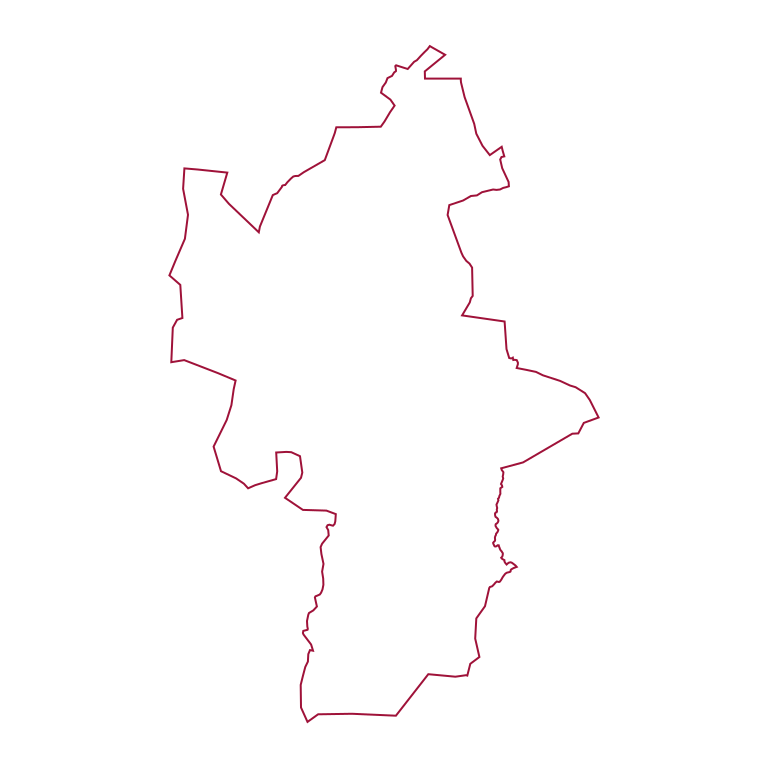 outline of Ingawa, Katsina, Nigeria
{"feature_id": "59680162B27261417712833", "entity_name": "Ingawa", "entity_type": "district", "adm_level": 2, "iso_a3": "NGA", "parent_name": "Nigeria", "parent_adm1": "Katsina", "projection": "robinson", "projection_center": [8.123, 12.614], "detail": "fine", "context": "isolated", "style": "outline", "palette": "rose", "viewbox_px": 768, "rotation_deg": 0, "n_neighbors": 0, "source": "geoboundaries", "source_scale": "gbopen_adm2", "svg_char_len": 4096}
<svg xmlns="http://www.w3.org/2000/svg" viewBox="0 0 768 768"><path d="M445.1,54.8L429.8,46.1L427.5,49.2L424.4,52.2L420.7,56.0L416.9,60.2L414.1,61.8L413.4,62.6L407.7,69.0L396.1,65.3L395.3,66.1L396.0,70.1L395.9,71.2L394.2,72.4L392.0,75.9L387.5,78.1L385.8,82.5L382.5,87.1L381.0,92.7L390.4,99.6L394.6,105.6L390.1,112.1L384.5,121.5L380.8,126.7L357.5,127.2L336.3,127.3L334.8,133.0L333.9,135.5L324.8,160.1L303.8,172.2L298.4,175.9L295.3,176.0L293.3,176.5L291.0,178.5L287.4,182.2L285.2,185.0L284.1,185.1L283.8,185.2L283.0,185.4L282.6,185.5L282.2,185.8L282.0,186.2L281.9,186.9L277.2,193.2L275.0,194.1L272.8,195.1L259.9,226.6L258.8,232.3L228.9,203.8L220.9,194.5L227.3,172.6L197.6,169.5L184.4,168.4L183.1,188.8L188.0,214.8L184.9,238.8L175.3,261.1L169.4,275.4L180.3,284.9L182.4,318.0L177.1,319.8L172.8,327.6L171.3,362.2L184.2,360.1L217.9,373.1L235.6,380.5L233.7,389.2L231.4,405.2L226.7,420.0L213.6,446.6L221.0,471.2L236.1,478.4L243.9,483.7L248.1,488.3L255.1,485.2L261.9,483.1L276.1,479.1L277.2,471.4L276.2,452.5L286.4,451.9L291.3,452.2L300.0,456.2L302.3,472.6L301.0,477.8L285.0,497.8L302.9,509.9L326.4,510.6L335.8,514.1L335.7,515.7L335.3,521.3L334.6,524.0L333.0,525.7L331.0,525.2L329.4,524.7L327.6,525.2L326.5,527.1L328.2,530.1L328.7,535.5L322.1,543.7L320.6,547.1L321.4,554.0L323.5,563.9L322.1,571.6L323.2,578.6L323.4,584.8L322.5,589.4L321.1,592.7L319.8,594.5L317.1,595.7L315.5,596.3L314.9,597.4L316.0,602.5L316.9,606.5L313.3,610.4L309.0,613.0L308.3,614.7L307.0,621.0L307.3,626.4L307.8,628.9L307.5,629.8L303.3,630.9L302.9,633.0L303.5,634.5L311.1,644.5L312.2,648.0L313.0,650.7L310.0,650.1L308.3,654.1L307.9,661.6L305.3,666.9L304.1,671.4L302.8,676.4L300.7,684.9L301.0,707.5L307.5,721.9L318.1,714.3L350.2,713.8L350.5,713.8L352.6,713.8L395.9,715.7L428.3,674.2L455.4,676.7L466.0,675.2L467.3,675.6L470.3,663.8L479.4,657.0L475.2,638.6L476.3,618.4L485.0,606.2L488.8,589.9L489.2,588.1L489.9,587.0L491.2,586.6L492.3,586.2L493.1,585.3L494.1,584.3L495.3,582.8L496.8,581.5L499.0,582.0L499.9,581.6L501.4,579.5L502.6,577.3L503.8,575.6L505.3,573.7L506.8,572.7L508.9,572.2L509.8,572.0L510.5,571.5L510.7,570.2L511.1,569.5L512.1,568.9L513.5,568.1L516.7,566.9L515.5,565.5L513.3,563.8L511.8,562.7L510.6,562.3L509.0,562.6L507.9,563.3L506.6,564.5L505.4,563.1L504.5,561.6L504.4,560.1L503.4,559.6L502.4,559.0L501.7,558.5L501.2,557.7L502.2,556.7L502.6,555.6L502.8,554.3L502.8,553.2L502.1,552.2L501.7,551.4L500.9,550.6L500.3,549.7L499.8,548.6L499.4,547.3L498.8,546.3L498.8,545.4L497.9,545.2L497.2,545.6L496.3,546.3L495.5,546.5L494.8,546.4L494.4,546.0L493.8,544.7L493.4,543.9L493.1,542.9L493.8,541.9L494.5,541.3L495.0,540.7L495.1,539.5L494.9,537.8L495.2,536.4L495.9,535.0L496.1,533.7L496.9,532.8L497.5,532.0L498.0,530.9L498.3,529.9L497.6,528.9L496.9,528.3L496.2,527.1L495.6,526.1L495.5,525.0L495.8,524.1L496.6,523.6L497.5,522.8L498.1,521.8L498.4,520.8L498.2,519.8L497.9,518.9L497.2,518.1L496.5,517.5L495.6,516.9L495.2,515.8L495.1,514.9L495.0,513.7L495.3,513.0L495.8,512.4L496.6,512.3L497.0,511.4L496.8,509.4L497.2,508.0L496.7,506.0L496.5,504.5L497.4,502.7L498.4,500.3L498.0,498.8L499.0,497.7L499.4,495.9L500.4,493.8L500.3,492.3L500.3,490.4L500.3,488.3L502.3,486.9L502.0,485.4L501.0,484.0L502.6,480.2L503.2,478.4L502.7,476.6L503.2,474.3L503.4,472.2L502.6,471.1L501.8,470.1L501.2,468.3L523.1,462.4L572.3,433.7L578.3,433.4L583.8,422.9L598.6,417.5L589.8,400.0L585.1,393.2L575.6,387.2L570.0,385.5L560.1,380.9L542.9,375.3L536.0,371.9L526.0,369.8L516.7,368.0L517.5,365.4L517.9,364.1L517.9,362.6L516.7,360.1L514.6,359.8L513.3,360.0L512.8,357.7L511.9,358.3L510.9,358.4L510.1,358.2L509.2,358.0L506.5,349.1L504.6,321.5L462.1,315.4L469.8,302.4L470.9,298.3L472.7,295.9L472.1,267.6L469.5,263.6L466.3,260.9L463.1,256.4L461.4,252.7L447.6,215.0L449.3,205.1L463.1,200.5L470.9,196.0L476.9,195.4L482.0,192.2L493.1,189.5L496.5,189.9L498.2,189.7L500.0,189.5L503.2,187.9L506.1,187.2L508.9,186.3L508.6,182.0L502.2,168.2L500.2,159.5L501.5,157.0L504.3,156.4L502.7,150.9L501.7,146.8L489.8,155.1L482.5,145.8L476.3,133.7L474.2,123.8L464.6,97.1L461.0,82.4L460.8,80.1L460.8,78.6L425.0,78.6L424.8,71.4L445.1,54.8Z" fill="none" stroke="#9f1239" stroke-width="2"/></svg>